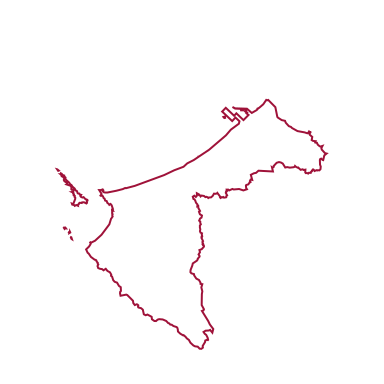 outline of Mueang Rayong, Rayong, Thailand, rotated 133°
{"feature_id": "78962969B69039752575534", "entity_name": "Mueang Rayong", "entity_type": "district", "adm_level": 2, "iso_a3": "THA", "parent_name": "Thailand", "parent_adm1": "Rayong", "projection": "robinson", "projection_center": [101.334, 12.691], "detail": "fine", "context": "isolated", "style": "outline", "palette": "rose", "viewbox_px": 384, "rotation_deg": 133, "n_neighbors": 0, "source": "geoboundaries", "source_scale": "gbopen_adm2", "svg_char_len": 6062}
<svg xmlns="http://www.w3.org/2000/svg" viewBox="0 0 384 384"><g transform="rotate(133 192 192)"><path d="M74.0,200.5L79.2,199.7L84.7,200.3L86.4,201.0L86.8,200.5L88.1,200.6L93.4,202.2L93.6,208.6L101.4,217.5L102.2,220.4L101.6,217.4L97.9,213.0L98.8,211.8L97.1,210.0L96.2,210.9L95.1,209.7L95.4,208.0L96.8,208.0L96.8,206.8L96.3,206.6L96.3,205.8L97.3,205.8L97.1,203.2L104.3,203.4L104.2,213.2L107.5,213.2L107.4,224.7L112.6,224.8L112.7,211.0L107.9,211.0L107.9,205.5L110.1,204.3L119.9,206.1L127.4,205.8L149.4,208.3L161.3,211.1L161.8,211.5L162.2,211.3L167.4,212.5L174.3,215.0L179.3,215.4L188.2,219.8L198.6,223.9L226.5,238.0L234.3,242.9L234.6,243.6L237.1,244.6L242.7,248.2L250.2,253.6L251.8,255.4L252.4,256.6L252.3,257.8L251.2,258.0L251.0,259.1L252.8,260.0L253.9,261.2L255.0,257.1L255.4,256.7L257.0,256.5L256.9,255.9L255.9,255.3L255.9,254.1L256.7,252.5L256.5,251.4L257.5,249.7L256.8,248.2L257.7,246.5L257.5,244.8L257.8,243.7L256.3,243.4L256.5,241.7L258.4,238.2L259.1,238.4L259.4,237.5L259.7,238.2L260.3,237.6L260.0,237.0L261.4,236.5L262.5,235.4L262.4,234.9L263.8,234.1L264.1,233.3L266.9,232.9L272.0,230.4L285.0,229.0L293.8,229.7L298.0,231.3L298.1,232.8L298.8,230.9L299.5,230.6L302.1,230.1L306.2,230.3L307.6,226.9L307.5,225.5L308.4,221.7L307.9,217.0L307.3,216.1L307.3,215.2L307.8,214.6L308.1,212.5L308.8,212.1L308.9,211.1L310.6,210.6L311.6,208.7L310.9,206.9L309.7,205.1L309.6,203.3L307.0,202.7L307.4,200.0L306.7,197.2L307.5,194.7L308.5,194.1L308.4,192.7L310.2,189.5L310.4,187.3L309.4,185.0L310.5,181.4L310.2,179.2L312.8,176.5L314.1,176.4L315.3,175.4L316.6,173.5L311.9,170.1L311.5,169.0L311.8,161.0L313.3,159.1L313.7,156.7L311.9,155.9L311.5,155.2L311.5,154.0L312.8,153.2L313.0,152.4L311.7,150.0L311.6,147.7L314.3,143.8L313.7,141.8L312.0,141.0L310.8,136.4L312.4,134.5L312.0,131.5L310.9,130.3L308.8,130.1L307.4,129.3L305.2,126.5L303.9,122.9L304.1,120.0L303.6,119.0L303.8,117.5L302.9,116.3L302.7,114.2L301.3,111.2L301.3,110.2L302.1,108.8L303.6,107.1L303.6,103.9L302.9,100.7L302.4,100.5L302.3,98.0L302.6,95.9L302.3,93.4L303.3,90.4L303.3,86.3L302.8,84.5L301.2,82.3L301.4,79.6L300.3,78.2L298.4,77.9L297.3,79.2L292.9,80.1L291.6,81.0L289.9,80.3L289.5,79.4L289.1,79.4L287.9,81.2L286.8,84.2L287.0,85.9L286.5,88.1L284.2,87.5L281.8,85.2L280.5,84.7L281.0,81.2L277.7,83.0L276.7,88.6L275.3,92.2L272.2,103.6L270.7,102.9L269.6,103.3L268.1,107.8L259.9,115.2L257.6,116.7L255.4,120.1L252.4,121.6L253.4,123.1L252.5,124.0L251.6,126.9L252.4,129.8L251.5,133.6L250.7,134.5L251.9,137.0L251.7,138.5L249.9,139.9L245.6,141.6L243.7,142.7L238.9,141.6L237.5,141.8L236.9,142.3L234.1,142.4L233.6,142.9L233.2,144.6L230.6,145.1L229.4,147.0L227.2,145.9L223.8,146.0L223.1,146.8L223.3,147.5L222.9,147.6L222.9,148.8L222.1,148.8L221.5,150.3L220.4,150.4L219.1,153.8L218.5,153.8L218.0,154.6L217.4,154.4L216.2,156.1L215.4,156.5L215.9,158.1L215.2,159.5L213.6,160.5L212.7,161.9L211.1,163.4L209.6,163.5L208.9,165.0L208.0,165.8L208.1,167.2L206.0,168.0L204.2,167.6L202.4,168.7L202.9,171.0L201.7,173.4L200.4,173.2L199.4,176.4L198.1,177.8L198.9,178.3L197.4,179.4L197.1,181.8L196.0,183.9L195.7,185.3L196.1,186.2L194.9,188.2L193.1,187.8L193.0,185.8L191.3,185.9L189.6,187.6L189.0,185.3L189.5,184.7L189.0,184.0L189.4,182.7L188.1,182.6L186.7,180.5L186.6,178.7L185.7,178.2L185.2,177.0L185.3,176.0L184.4,175.8L182.9,174.4L180.7,174.2L178.2,174.8L177.3,173.6L176.0,172.7L175.4,172.8L176.3,167.7L176.8,167.7L176.9,167.0L175.3,166.6L175.1,166.0L174.3,165.7L174.4,164.9L173.8,164.3L172.5,163.4L171.5,164.1L170.5,164.0L169.6,166.7L168.6,166.9L168.3,167.5L167.4,167.1L166.6,168.3L165.5,167.1L165.5,165.9L162.2,164.5L161.7,163.2L157.7,159.6L155.8,155.5L152.9,153.9L152.5,153.7L152.2,155.0L150.6,156.9L149.9,157.1L148.0,156.0L146.4,156.3L144.8,156.0L144.6,157.1L143.0,157.6L142.1,156.2L139.3,160.7L136.1,159.5L134.3,158.2L131.1,157.9L121.8,146.8L119.4,150.3L119.3,149.6L117.8,149.4L117.3,150.0L112.9,150.0L110.8,148.8L109.8,147.1L109.3,145.0L110.5,140.5L108.9,139.4L107.5,137.1L104.6,134.6L103.5,134.1L102.7,134.4L102.7,133.1L102.0,130.9L101.7,130.9L101.7,127.7L99.9,126.5L99.8,125.4L98.3,124.3L100.4,122.6L100.6,121.7L99.6,120.7L99.3,119.6L98.2,119.6L97.0,118.2L96.0,118.7L95.1,118.4L94.6,118.9L92.9,118.9L92.7,118.1L93.1,116.7L91.1,115.8L90.9,115.1L90.3,114.9L89.3,113.6L87.7,113.6L85.6,115.2L84.7,117.0L81.4,120.3L80.5,120.7L79.5,120.3L79.5,118.4L79.2,117.8L75.0,120.2L72.1,119.8L72.9,121.2L72.5,126.0L71.7,127.3L69.3,128.0L71.1,129.0L71.5,129.9L71.6,132.4L70.8,134.2L71.8,135.6L71.5,136.1L70.6,136.3L72.1,138.4L72.4,139.9L69.7,141.6L69.8,144.9L69.5,145.7L67.6,146.0L67.4,146.3L67.9,146.8L67.9,147.7L69.2,147.4L70.4,147.7L71.6,150.3L75.5,156.4L77.0,162.5L76.9,164.0L77.8,166.1L77.4,170.7L76.5,172.5L78.2,175.4L79.0,179.8L78.9,180.8L73.1,188.9L72.7,199.1L73.7,199.6L74.0,200.5ZM272.4,261.4L271.5,261.4L270.3,262.9L269.5,262.6L269.1,263.2L269.9,265.3L269.7,267.8L270.8,268.4L271.3,270.0L271.1,270.8L269.7,271.1L270.4,272.3L270.0,273.3L270.8,274.3L270.8,275.0L269.8,276.7L270.2,278.1L269.5,280.2L269.6,283.1L269.1,285.0L269.4,286.3L268.9,288.3L269.0,291.9L268.6,294.0L267.7,294.4L267.7,296.1L267.1,296.7L267.9,298.5L267.5,299.7L267.7,300.4L268.2,299.9L268.7,300.4L268.6,299.0L269.0,298.3L270.0,298.6L268.9,297.7L269.1,295.1L269.7,294.2L270.6,294.0L271.1,292.7L270.6,289.4L271.3,288.7L272.0,288.9L270.2,284.9L271.1,282.9L272.2,282.3L272.4,281.5L271.5,280.7L271.7,279.7L272.9,279.0L273.9,279.8L273.4,278.2L273.8,277.6L274.3,277.6L274.4,276.5L275.1,276.2L274.8,275.1L275.7,274.5L275.7,273.6L276.7,272.7L281.4,270.8L282.0,270.9L282.4,271.9L282.9,271.0L281.9,269.2L282.1,268.3L280.5,267.8L279.9,266.2L279.5,266.9L278.3,266.4L277.6,266.9L276.5,266.8L275.2,265.1L274.5,265.3L273.2,264.0L272.4,261.4ZM305.2,260.0L304.6,259.3L304.4,260.4L305.1,260.8L305.4,262.1L305.9,260.0L305.2,260.0ZM115.7,220.2L115.9,219.4L115.5,218.4L115.8,217.7L114.4,219.4L115.7,220.2ZM267.2,304.0L267.3,305.9L267.4,306.1L267.8,304.3L267.2,304.0ZM304.7,253.4L304.3,254.3L304.9,253.9L305.8,255.2L305.7,254.4L305.0,253.8L305.4,253.6L304.7,253.4ZM307.9,249.6L308.5,248.1L308.4,247.6L307.4,249.4L307.5,249.7L307.9,249.6Z" fill="none" stroke="#9f1239" stroke-width="2"/></g></svg>